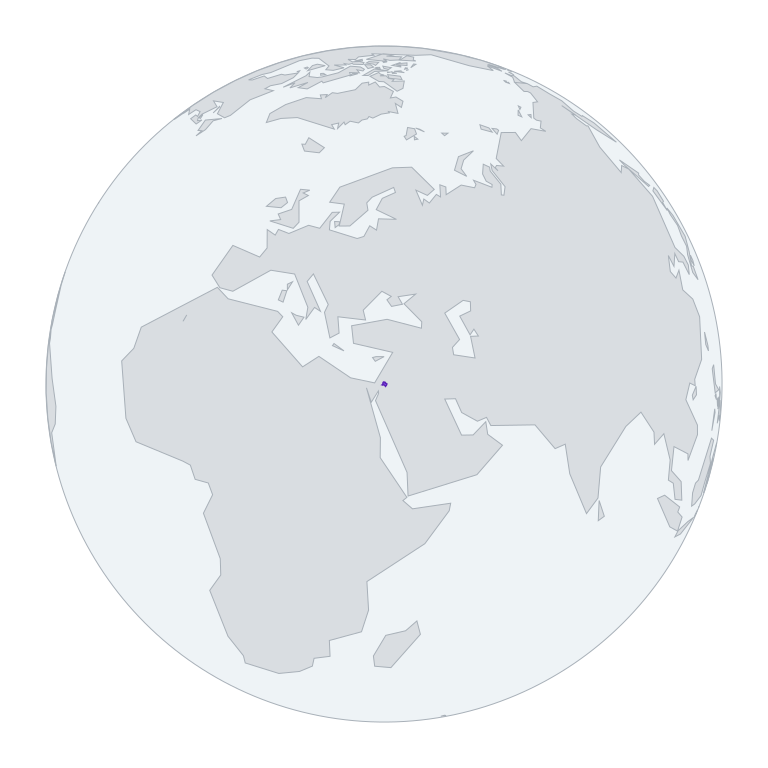 Karak highlighted on a globe, orthographic projection, rotated 11°
{"feature_id": "JOR-859", "entity_name": "Karak", "entity_type": "Province", "adm_level": 1, "iso_a3": "JOR", "parent_name": "Jordan", "parent_adm1": "", "projection": "orthographic", "projection_center": [35.641, 31.103], "detail": "fine", "context": "on_globe", "style": "filled", "palette": "violet", "viewbox_px": 768, "rotation_deg": 11, "n_neighbors": 0, "source": "natural_earth", "source_scale": "10m", "svg_char_len": 10878}
<svg xmlns="http://www.w3.org/2000/svg" viewBox="0 0 768 768"><g transform="rotate(11 384 384)"><circle cx="384" cy="384" r="338" fill="#eef3f6" stroke="#a8b0b8"/><path d="M358.1,47.1L391.9,46.4L406.2,46.8L401.7,46.9L417.3,47.7L424.1,48.5L422.3,48.3L437.2,50.3L436.7,50.5L443.6,51.9L441.7,52.2L426.2,50.4L424.7,50.9L435.3,52.5L440.1,54.5L424.7,52.0L431.5,55.5L406.9,55.3L367.4,51.8L352.5,55.3L308.6,62.2L311.4,63.2L296.5,67.8L294.2,70.9L286.7,72.2L291.4,73.8L298.6,72.1L303.1,72.4L302.4,74.4L292.7,76.0L291.7,75.3L288.5,76.9L283.9,77.0L285.8,78.1L274.2,80.4L284.5,81.2L274.3,85.8L266.9,86.6L269.3,82.3L257.9,76.7L251.1,77.9L239.2,82.8L213.4,99.9L205.2,103.5L193.0,111.3L196.7,110.7L207.6,104.5L211.4,106.3L224.3,99.5L227.8,99.6L240.3,95.1L236.6,100.6L226.2,108.6L215.6,112.9L210.8,116.9L219.4,117.2L198.3,130.6L182.0,149.6L176.7,153.1L168.9,150.5L172.6,138.3L162.6,138.6L167.2,143.7L153.9,153.8L150.9,158.1L150.6,161.1L154.9,159.6L150.0,164.6L143.6,160.5L147.9,155.8L149.9,156.9L151.5,151.7L147.1,150.6L140.8,156.7L140.8,151.3L136.3,155.9L133.8,157.9L141.0,150.6L128.0,164.0L127.2,164.3L143.6,146.6L161.1,130.0L179.9,114.7L199.6,100.8L220.3,88.4L241.9,77.4L264.1,68.1L287.0,60.3L310.4,54.2L334.1,49.8L358.1,47.1ZM49.7,334.7L48.3,345.4L47.5,372.0L47.2,388.6L46.8,394.0L47.8,402.6L47.9,407.8L57.1,441.8L66.2,468.5L68.9,486.0L67.1,495.3L77.9,527.2L68.3,504.5L60.4,481.2L54.1,457.3L49.7,433.0L47.0,408.5L46.1,383.9L47.0,359.2L49.7,334.7ZM444.9,52.1L447.3,52.4L449.9,53.1L444.9,52.1ZM241.5,92.6L240.9,93.8L238.8,94.0L241.5,92.6ZM247.5,89.7L245.6,89.0L248.2,87.5L249.3,88.0L247.5,89.7ZM449.3,54.5L452.6,55.9L446.6,54.0L449.3,54.5ZM249.3,91.0L253.0,85.1L257.5,82.8L265.6,82.7L249.3,91.0ZM452.8,56.6L461.2,61.1L467.3,61.8L454.7,63.0L451.8,58.3L443.3,55.6L450.3,56.9L452.8,56.6ZM301.2,70.8L293.5,72.6L300.6,69.4L301.2,70.8ZM304.7,68.7L320.2,60.0L331.4,58.9L323.9,61.7L338.9,59.5L336.7,63.1L328.0,65.2L321.2,65.0L325.6,66.7L304.7,68.7ZM446.4,63.4L446.1,64.6L443.4,63.1L446.4,63.4ZM305.4,72.3L307.6,70.4L317.4,69.2L314.9,72.9L312.5,72.0L305.4,72.3ZM343.9,57.4L350.8,57.5L350.9,60.3L353.6,60.9L337.6,63.1L343.9,57.4ZM310.0,73.3L313.4,74.9L308.1,77.4L304.0,74.2L310.0,73.3ZM321.0,67.4L325.5,67.2L322.2,68.5L321.0,67.4ZM291.4,88.3L293.8,85.4L299.1,84.4L291.4,88.3ZM315.0,75.4L316.8,74.5L319.2,74.0L320.3,75.6L315.0,75.4ZM338.8,65.2L337.4,66.6L345.3,64.4L345.8,67.0L335.0,68.2L339.8,68.7L340.0,69.6L331.1,69.7L338.8,65.2ZM328.5,75.7L315.1,79.0L309.6,84.2L304.6,85.1L314.4,76.6L328.5,75.7ZM330.8,72.1L328.3,74.5L323.5,74.1L322.2,72.2L330.8,72.1ZM349.9,68.4L352.0,64.2L354.3,64.1L349.9,68.4ZM327.9,77.3L331.1,76.5L328.0,77.7L327.9,77.3ZM344.2,71.1L344.6,69.5L347.2,69.4L344.2,71.1ZM337.3,76.6L333.0,77.5L331.9,76.1L337.3,76.6ZM341.2,74.1L344.6,74.5L334.2,75.1L341.0,73.3L341.2,74.1ZM346.5,71.3L348.2,70.8L346.0,72.0L346.5,71.3ZM343.6,81.7L330.7,82.8L328.5,79.6L341.3,78.8L343.6,81.7ZM137.2,466.9L122.1,411.4L131.6,396.7L134.9,374.5L202.0,320.9L214.7,330.1L265.7,333.0L271.8,337.3L264.0,354.3L300.8,382.7L314.8,369.3L350.0,384.3L374.6,384.7L386.5,351.3L346.3,349.9L341.1,333.0L374.7,319.9L410.1,322.1L409.2,315.7L388.3,301.4L397.9,289.7L381.2,295.6L386.9,302.2L376.6,306.4L370.8,300.8L374.4,296.6L364.2,293.4L349.5,315.5L353.7,324.7L325.9,326.8L330.2,342.6L322.1,349.1L311.9,325.0L314.1,316.6L293.7,289.4L289.0,298.0L307.8,324.8L301.2,322.1L294.9,335.6L294.6,323.2L275.3,293.1L251.2,293.9L217.9,321.8L204.5,320.8L194.4,309.9L209.2,276.8L237.7,283.1L243.3,272.8L239.9,254.7L248.8,258.6L250.9,252.4L261.9,254.4L279.7,242.6L291.2,243.4L300.4,225.4L307.6,223.8L300.1,234.6L301.0,243.1L329.9,246.3L336.1,243.0L339.8,231.4L347.3,234.4L347.1,222.9L364.8,220.0L343.1,214.3L346.9,202.1L358.7,193.8L356.0,189.2L336.7,202.9L332.5,209.5L335.1,216.5L320.3,235.4L309.9,237.5L310.7,215.0L296.0,215.9L303.1,199.2L351.0,170.2L369.8,165.9L396.2,183.4L390.6,190.6L378.3,187.6L387.6,201.2L387.8,194.8L394.0,197.7L399.2,187.9L403.8,189.6L400.8,177.8L407.1,178.8L408.9,186.3L421.8,174.0L435.5,174.1L436.2,170.6L433.0,166.9L452.4,170.3L452.1,167.6L445.6,165.4L440.7,159.0L439.5,149.3L446.3,151.0L447.6,154.7L460.6,165.6L463.1,176.0L465.7,175.8L465.2,167.2L449.4,153.8L446.8,147.6L455.2,152.9L451.9,150.5L452.8,148.0L459.9,147.3L451.1,141.2L451.1,114.8L465.0,112.0L472.4,118.9L479.6,105.3L494.7,105.1L488.6,102.8L488.0,96.0L483.3,95.9L480.3,94.4L476.5,79.2L480.9,77.7L472.4,70.4L469.3,69.5L465.6,70.1L454.7,63.0L467.3,61.8L473.7,63.8L477.2,62.5L491.3,67.7L504.5,72.1L517.9,79.9L527.2,83.5L527.5,82.7L540.4,87.7L566.0,102.3L543.9,93.8L505.3,76.8L521.0,83.5L517.0,83.3L522.4,86.8L533.5,92.0L535.0,91.7L550.6,110.3L576.5,131.2L575.6,124.2L583.2,126.3L611.8,148.5L643.6,194.5L654.0,201.4L660.0,209.1L662.8,218.4L654.2,207.3L649.9,207.7L644.6,200.5L646.2,213.2L638.6,203.6L643.6,219.0L650.4,224.3L651.8,216.0L659.3,234.6L670.9,241.7L681.0,257.8L691.1,299.2L688.1,320.1L689.8,326.3L684.0,324.7L683.3,341.8L699.5,364.5L701.4,373.9L697.0,401.1L695.7,394.6L680.6,390.1L682.7,414.2L694.3,423.1L698.5,441.2L691.7,441.7L686.9,426.2L681.5,424.1L679.4,404.0L668.2,379.4L661.1,391.6L658.2,379.7L641.6,362.6L629.5,379.5L612.5,424.1L615.8,455.1L607.5,472.6L583.5,436.7L573.4,408.5L564.3,414.8L540.0,395.3L496.8,404.4L491.0,397.2L482.8,402.7L465.7,397.2L457.0,384.8L446.5,387.2L469.9,419.4L481.2,417.0L491.1,401.6L495.4,413.6L512.0,421.5L492.5,455.3L429.0,489.4L423.5,466.4L378.8,401.9L380.5,394.3L380.3,393.4L379.8,391.9L375.0,404.3L367.5,391.1L390.7,437.4L394.3,457.0L428.1,490.9L424.8,494.8L435.8,501.1L472.2,488.3L472.2,496.0L454.6,532.9L404.9,581.2L412.0,608.9L409.2,631.5L379.3,646.2L383.0,661.6L367.7,666.6L367.5,674.6L355.9,682.3L336.0,688.2L301.0,684.3L297.9,677.6L279.0,661.4L252.3,619.8L260.2,602.6L256.6,586.7L231.4,545.3L236.9,525.4L230.4,514.7L216.8,513.6L209.4,500.6L201.3,498.1L151.6,488.0L137.2,466.9ZM177.2,353.8L175.0,360.3L174.9,360.3L177.2,353.8ZM446.8,342.0L468.4,341.1L459.9,320.7L467.5,318.9L461.8,313.0L459.1,319.3L445.4,302.9L455.1,295.7L453.1,286.8L445.7,286.8L430.1,302.8L449.7,325.9L444.2,335.0L446.8,342.0ZM69.6,260.2L69.2,261.2L69.3,260.8L69.6,260.2ZM154.3,154.0L154.7,154.5L153.2,158.3L151.7,158.0L154.3,154.0ZM160.2,168.4L152.1,176.3L156.8,170.1L153.1,170.6L158.3,159.0L174.3,154.3L166.1,158.2L160.2,168.4ZM169.8,143.3L164.6,150.5L169.6,142.9L169.8,143.3ZM251.7,219.3L254.7,224.3L249.3,230.6L234.7,232.0L242.3,222.6L251.7,219.3ZM260.1,230.2L264.9,208.8L274.2,207.9L268.2,211.9L273.8,213.4L265.6,220.4L269.7,241.4L265.2,248.5L240.8,245.7L251.2,242.3L247.7,237.3L260.1,230.2ZM261.0,163.7L263.2,156.6L280.4,163.4L276.3,169.4L261.5,170.5L257.6,164.2L261.0,163.7ZM262.9,93.0L262.6,91.3L265.3,90.6L267.7,91.5L262.9,93.0ZM292.1,87.1L266.8,100.0L265.2,98.6L252.3,109.0L243.2,109.5L251.8,102.5L235.1,111.3L239.2,105.3L228.4,111.9L248.6,96.3L251.7,92.0L251.8,96.5L260.1,95.9L264.6,94.4L279.8,87.2L290.4,78.4L300.4,77.3L304.7,78.8L303.6,80.7L297.4,80.7L300.5,83.3L290.8,84.8L292.1,87.1ZM348.3,109.2L341.6,106.4L346.1,115.7L336.4,115.7L337.5,116.8L329.8,119.6L322.3,125.1L318.2,124.3L317.1,126.9L312.0,129.1L309.1,132.6L300.6,132.5L296.4,136.9L294.8,134.5L289.7,142.1L289.7,136.5L283.1,139.4L286.6,143.3L248.1,139.0L232.1,143.0L218.6,149.8L220.4,140.3L234.1,128.5L253.0,117.7L268.2,115.9L266.3,112.4L273.0,110.7L271.7,114.1L277.7,107.9L282.9,107.6L299.7,100.6L305.1,92.9L311.4,90.6L311.9,93.5L317.8,89.2L323.0,93.3L327.6,91.9L337.4,95.0L335.7,102.0L341.0,100.0L348.7,102.8L348.3,109.2ZM346.1,82.7L346.2,90.2L341.0,94.1L326.2,87.3L321.3,88.0L311.6,84.6L319.4,79.2L321.4,80.5L325.2,80.7L321.2,82.3L327.3,81.1L330.3,83.2L335.8,82.9L334.3,85.3L346.1,82.7ZM279.8,331.7L284.7,333.3L292.7,333.7L288.8,342.6L279.8,331.7ZM266.2,311.3L270.8,311.0L269.3,322.9L264.2,321.6L266.2,311.3ZM274.7,301.1L271.2,310.0L270.1,304.5L274.7,301.1ZM304.5,233.9L309.6,233.2L309.6,236.0L306.2,239.8L304.5,233.9ZM359.5,140.1L356.5,137.0L358.3,135.9L358.2,127.7L365.3,127.6L368.2,132.4L359.5,140.1ZM378.9,357.1L371.1,363.4L367.7,360.2L371.1,358.6L378.9,357.1ZM327.2,353.8L338.4,359.1L326.1,356.2L327.2,353.8ZM367.3,138.5L366.4,135.1L370.5,137.2L367.3,138.5ZM370.6,127.1L375.6,128.8L366.2,126.7L370.6,127.1ZM506.6,697.6L508.2,697.6L503.2,699.3L506.6,697.6ZM467.5,622.8L444.9,661.1L428.7,662.8L425.5,653.0L433.7,630.4L452.3,622.1L461.5,610.3L467.5,622.8ZM715.1,451.3L715.0,452.0L715.3,450.7L715.1,451.3ZM714.5,452.2L715.9,447.4L713.7,456.1L714.5,452.2ZM716.5,444.3L716.3,445.5L716.5,444.0L716.5,444.3ZM713.3,455.9L703.6,474.7L698.7,478.6L700.7,471.9L708.5,461.1L713.3,455.9ZM700.2,472.4L691.8,469.7L674.3,444.2L680.7,439.6L697.7,448.3L696.8,453.6L702.0,457.7L700.2,472.4ZM717.6,419.1L716.5,433.0L711.9,442.4L709.3,445.2L707.7,432.0L708.7,421.9L711.0,418.3L715.8,374.7L718.3,376.3L717.8,392.9L719.6,399.6L717.6,419.1ZM617.4,457.3L625.5,471.8L620.4,477.3L617.4,457.3ZM714.4,348.8L714.7,367.3L713.4,345.2L714.4,348.8ZM711.7,330.0L713.3,335.9L711.2,332.4L711.7,330.0ZM692.8,335.0L690.5,340.5L688.8,336.2L690.8,326.7L692.8,335.0ZM688.7,271.8L694.6,284.4L696.2,289.6L692.3,283.8L688.7,271.8ZM427.3,138.0L419.5,149.0L418.6,158.0L425.6,164.4L412.4,160.7L413.7,146.6L427.3,138.0ZM447.4,117.2L441.3,112.5L446.0,112.1L448.1,113.1L447.4,117.2ZM442.2,116.1L430.7,115.3L428.7,111.2L438.1,112.6L442.2,116.1ZM398.9,125.6L396.1,128.7L392.8,126.7L398.9,125.6ZM720.0,420.4L720.4,411.5L719.0,427.7L718.4,430.1L719.1,419.0L720.2,400.9L720.7,391.9L721.8,378.1L720.4,399.4L720.7,405.4L721.6,394.1L720.9,406.2L720.6,414.2L720.0,420.4ZM720.3,356.6L718.6,350.7L718.6,359.0L717.0,335.6L719.2,345.1L720.3,356.6ZM716.4,337.3L716.5,345.0L715.3,332.3L716.4,337.3ZM715.7,342.5L714.0,335.6L714.7,333.4L715.7,342.5ZM716.6,335.6L713.9,322.4L715.7,328.1L716.6,335.6ZM709.4,320.7L713.7,325.8L710.8,329.5L703.3,306.4L703.9,302.1L709.4,320.7ZM666.0,208.8L661.7,203.6L660.2,199.0L663.6,203.8L666.0,208.8ZM651.4,181.5L658.4,196.1L663.3,209.2L665.2,209.6L672.4,221.7L665.8,215.6L657.3,199.0L654.8,191.1L647.8,182.0L641.9,172.3L632.8,163.2L628.1,157.2L635.5,163.4L651.4,181.5ZM629.0,159.7L611.1,143.1L611.4,139.6L615.4,142.4L623.5,151.3L622.8,152.5L629.0,159.7ZM606.9,138.3L606.0,139.6L578.1,123.2L572.3,119.1L593.7,128.4L594.1,130.3L600.9,135.4L606.9,138.3ZM449.7,65.1L446.4,64.6L448.7,64.1L449.7,65.1ZM477.7,94.5L474.1,92.3L476.8,91.4L477.7,94.5ZM465.6,86.2L465.0,88.7L462.8,85.4L465.6,86.2ZM464.3,94.6L463.4,89.3L468.3,95.5L464.3,94.6Z" fill="#d9dde1" stroke="#a8b0b8" stroke-width="1"/><path d="M382.5,385.1L382.7,384.9L382.7,384.6L383.0,384.0L383.0,383.8L383.0,383.7L382.9,383.5L382.8,383.4L382.8,383.2L382.8,382.9L382.9,382.7L383.0,382.5L383.1,382.2L383.6,382.0L384.1,382.2L384.4,382.2L384.6,382.2L384.9,382.2L385.0,382.4L385.0,382.5L385.0,382.8L385.0,383.0L386.6,383.1L386.7,383.7L386.8,384.0L386.5,384.9L385.9,386.0L385.7,385.8L385.5,385.6L385.4,385.5L385.4,385.4L385.1,385.3L385.0,385.2L384.1,384.8L383.7,384.8L383.6,384.7L383.4,384.6L383.2,384.6L383.1,384.8L383.1,385.0L383.0,385.3L382.9,385.3L382.6,385.1L382.5,385.1Z" fill="#8b5cf6" stroke="#5b21b6" stroke-width="1.5"/></g></svg>